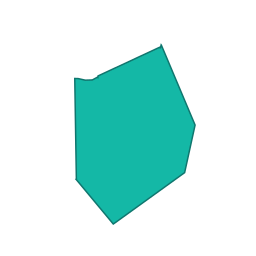 Piton Flore, Castries, Saint Lucia, rotated 215°
{"feature_id": "8701671B72718235306176", "entity_name": "Piton Flore", "entity_type": "district", "adm_level": 2, "iso_a3": "LCA", "parent_name": "Saint Lucia", "parent_adm1": "Castries", "projection": "robinson", "projection_center": [-60.943, 13.965], "detail": "fine", "context": "isolated", "style": "filled", "palette": "teal", "viewbox_px": 256, "rotation_deg": 215, "n_neighbors": 0, "source": "geoboundaries", "source_scale": "gbopen_adm2", "svg_char_len": 468}
<svg xmlns="http://www.w3.org/2000/svg" viewBox="0 0 256 256"><g transform="rotate(215 128 128)"><path d="M200.0,138.0L142.5,58.6L141.9,57.8L141.0,56.6L141.2,56.2L140.8,56.1L85.0,40.9L83.8,44.1L83.2,45.9L56.4,122.8L56.0,123.9L74.7,168.8L74.9,169.0L148.2,215.0L148.5,215.1L147.2,211.7L148.2,212.6L149.5,210.4L159.5,193.1L182.4,153.5L181.8,152.2L182.1,152.3L184.8,146.9L190.4,142.7L197.4,139.8L200.0,138.0Z" fill="#14b8a6" stroke="#0f766e" stroke-width="1.5"/></g></svg>